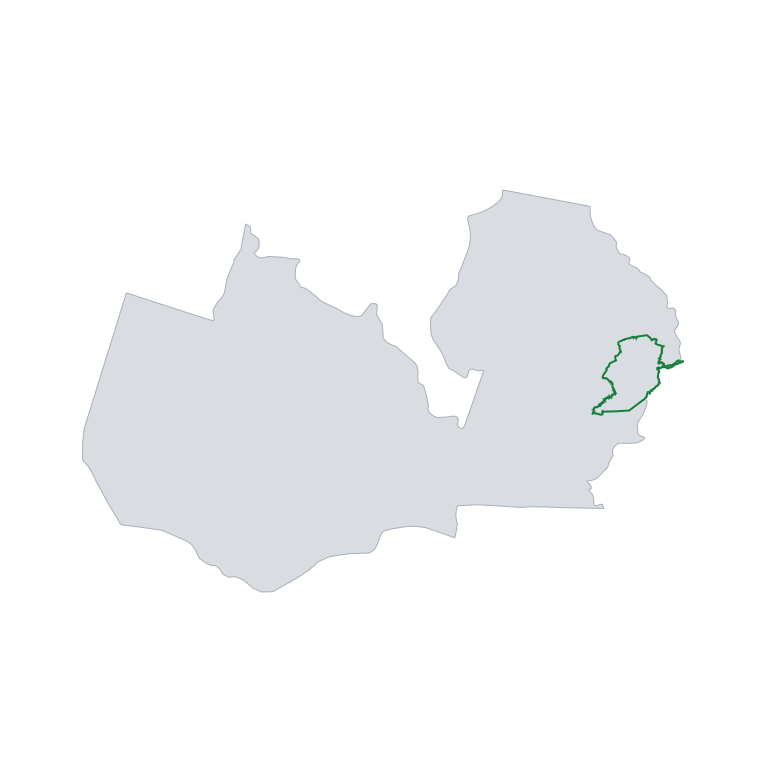 location of Chama, Muchinga, Zambia, rotated 20°
{"feature_id": "96606910B17560798529879", "entity_name": "Chama", "entity_type": "district", "adm_level": 2, "iso_a3": "ZMB", "parent_name": "Zambia", "parent_adm1": "Muchinga", "projection": "orthographic", "projection_center": [32.797, -11.274], "detail": "fine", "context": "in_parent", "style": "outline", "palette": "green", "viewbox_px": 768, "rotation_deg": 20, "n_neighbors": 0, "source": "geoboundaries", "source_scale": "gbopen_adm2", "svg_char_len": 9695}
<svg xmlns="http://www.w3.org/2000/svg" viewBox="0 0 768 768"><g transform="rotate(20 384 384)"><path d="M503.1,504.3L472.3,504.7L461.1,507.3L452.0,511.2L441.2,517.3L434.9,521.6L433.2,523.9L432.5,529.0L432.6,536.8L431.6,542.5L428.4,547.7L412.0,554.2L401.3,559.5L390.8,565.7L382.9,573.7L377.7,583.4L369.0,595.5L350.6,617.2L339.8,621.4L330.6,620.6L319.3,616.4L310.5,615.8L304.1,618.7L298.0,618.0L292.3,613.7L287.7,612.2L284.0,613.5L279.2,613.4L270.3,611.1L262.5,603.7L258.2,600.7L255.0,599.6L245.9,598.6L225.1,597.5L203.7,601.9L185.0,606.3L165.0,590.0L145.5,572.7L141.4,568.3L134.1,562.6L128.9,559.8L126.8,558.4L121.0,542.6L117.5,528.0L110.8,386.5L196.7,383.5L202.3,382.8L202.4,381.2L198.2,373.8L198.3,371.1L199.2,365.9L202.7,355.5L202.8,352.1L200.7,341.0L200.6,334.7L201.2,322.1L200.5,317.8L202.4,312.1L202.9,308.3L203.7,306.7L202.6,302.4L200.4,287.4L199.2,281.1L204.4,281.9L206.2,285.0L207.3,288.3L209.7,288.4L215.9,290.3L218.2,293.0L219.8,299.0L219.0,302.1L217.1,304.6L219.1,306.8L223.3,308.1L225.7,307.6L232.6,303.3L239.0,301.6L242.2,300.4L256.5,297.4L259.3,295.8L261.3,295.8L262.8,296.9L261.6,301.2L261.3,305.0L263.3,312.1L264.7,315.4L267.7,317.8L269.9,319.0L272.4,321.5L277.4,320.9L288.5,324.3L291.9,325.9L296.6,327.5L299.9,328.0L311.3,329.0L323.3,330.8L329.5,330.9L333.9,330.3L337.0,329.2L338.9,328.0L339.7,327.0L344.0,313.3L346.3,312.2L349.2,311.4L351.0,312.6L353.1,321.2L362.0,328.7L365.1,335.2L367.3,340.7L369.2,342.2L372.6,344.0L377.9,344.6L382.6,344.7L406.1,353.8L408.7,355.5L411.7,360.5L413.5,366.2L415.4,370.7L418.5,371.5L421.2,371.8L423.9,374.8L425.9,377.5L433.0,388.6L434.1,393.0L437.5,396.0L442.0,397.2L446.2,397.3L448.6,395.9L454.6,393.5L459.2,390.8L462.6,389.9L464.6,390.4L466.2,392.2L467.2,397.8L470.6,399.6L473.0,398.9L473.9,396.7L474.0,395.6L473.2,337.3L471.1,337.7L468.4,339.4L462.2,339.6L459.8,340.9L459.1,342.8L459.6,345.2L459.7,348.5L458.9,350.1L456.1,350.7L452.2,349.5L445.0,347.9L439.1,346.9L434.8,342.6L428.9,336.1L425.1,332.8L415.8,326.1L414.3,324.7L411.4,321.5L409.0,316.1L406.6,309.8L405.3,305.8L407.4,299.6L412.5,279.3L413.6,273.0L418.0,266.5L418.2,260.8L416.3,253.5L416.8,249.5L417.1,226.3L415.8,219.0L412.7,210.9L405.9,199.8L405.9,197.4L416.0,189.9L419.0,187.1L424.3,181.1L427.8,176.0L430.1,171.8L430.8,166.5L429.0,161.5L432.5,160.5L516.9,146.6L518.1,150.1L520.7,155.8L523.6,160.0L527.3,163.7L530.4,165.9L532.4,166.6L545.4,166.3L550.1,168.5L554.2,171.4L555.2,175.8L557.9,178.5L560.8,180.7L562.1,181.0L564.2,180.4L567.7,180.4L570.9,181.3L572.4,182.3L572.6,186.0L573.6,187.6L578.0,188.3L582.5,188.6L586.8,191.1L591.5,191.5L596.9,192.5L599.4,195.2L605.2,198.0L612.2,200.5L619.9,204.6L620.1,205.8L621.4,208.2L622.8,210.0L622.9,212.5L623.5,214.9L625.5,215.5L627.2,215.6L628.7,213.9L630.7,214.0L633.0,215.1L633.8,217.8L635.6,221.5L638.4,224.0L640.3,226.4L639.7,230.8L638.5,234.9L642.3,238.8L647.4,242.6L648.7,244.3L649.1,249.9L649.9,251.9L653.3,256.5L654.9,259.6L654.8,261.4L645.6,270.7L640.0,272.1L637.5,274.0L636.0,275.9L639.7,285.2L641.6,288.7L640.0,293.0L636.3,300.5L634.6,301.1L634.3,306.7L635.4,308.8L637.2,310.4L638.0,314.2L637.8,323.7L635.5,334.5L639.6,343.9L641.0,344.9L646.7,345.0L647.7,345.8L646.3,348.5L642.3,352.6L635.1,355.8L624.6,359.4L622.5,362.8L621.1,367.7L622.2,370.6L623.6,372.3L623.2,376.6L622.3,381.2L622.6,384.7L622.1,387.9L620.7,389.5L618.9,394.2L616.7,399.0L614.9,401.2L612.3,403.5L608.2,405.4L608.3,406.4L612.9,408.6L614.1,410.2L614.6,411.2L612.6,413.6L614.8,415.1L617.4,416.3L619.9,419.5L622.7,425.6L623.2,426.2L624.0,426.2L625.6,425.6L628.4,423.2L630.5,422.3L633.0,425.8L589.7,440.6L579.6,443.7L564.4,449.0L559.5,451.0L555.6,452.9L515.5,464.7L509.3,467.1L495.1,473.1L494.7,474.1L494.9,476.8L496.2,482.4L498.7,487.4L500.8,490.3L502.3,497.8L503.1,504.3Z" fill="#d9dde1" stroke="#a8b0b8" stroke-width="1"/><path d="M623.4,249.2L622.9,249.2L622.5,249.1L622.4,249.3L622.7,249.5L622.1,250.1L621.7,250.1L621.5,250.5L620.9,250.8L620.6,251.3L620.2,251.1L619.8,250.2L618.4,249.8L617.7,249.2L616.3,249.0L615.6,248.5L615.0,248.3L614.3,248.3L605.8,252.8L605.2,253.5L605.5,253.8L605.3,253.9L605.3,254.2L605.1,253.9L604.8,253.9L604.5,254.0L604.5,254.3L603.8,254.1L603.1,254.6L602.9,254.5L602.8,254.9L602.5,254.5L602.2,254.5L602.0,254.9L601.7,254.9L601.6,255.2L601.2,255.1L600.7,255.3L600.3,255.9L599.6,256.4L599.5,256.9L597.8,257.6L596.8,258.4L596.3,258.6L596.0,259.0L594.7,259.6L594.7,260.3L593.2,261.1L592.9,261.8L591.7,262.7L590.5,263.9L590.1,264.5L590.3,265.8L590.7,266.7L591.1,267.1L592.5,267.5L592.7,268.2L592.7,269.0L593.3,269.8L593.3,270.4L593.8,271.0L594.8,271.5L595.0,272.1L595.5,272.4L595.6,273.0L595.4,273.0L595.0,273.1L594.8,273.2L594.8,273.3L594.3,275.9L593.9,276.7L593.8,277.2L593.2,277.8L592.2,278.3L591.8,279.2L593.0,281.5L594.0,282.5L591.4,284.9L590.8,285.8L589.9,286.3L588.9,288.2L588.9,288.6L589.3,289.5L589.3,290.5L588.9,291.1L588.1,291.9L588.0,293.4L587.7,293.8L588.3,294.4L588.2,294.5L588.4,295.0L588.3,295.8L588.0,296.4L588.1,296.7L588.0,296.9L587.9,297.9L587.4,298.6L587.1,300.1L587.1,301.0L587.0,301.7L587.3,302.8L587.2,303.0L587.6,303.5L587.9,303.3L588.7,303.2L589.0,303.4L589.6,303.2L589.9,302.7L590.4,302.6L590.6,302.7L590.8,302.6L591.0,302.9L591.5,303.0L591.7,302.8L592.4,303.1L593.0,303.1L593.8,303.9L594.5,304.3L594.7,304.2L594.7,304.4L594.8,304.2L595.4,304.2L595.4,304.4L595.8,304.3L596.0,304.6L596.1,304.4L596.4,304.5L596.6,304.4L596.7,304.6L597.1,304.5L597.4,304.6L597.5,305.0L597.7,305.3L597.9,305.2L597.9,305.4L598.1,305.4L598.0,305.7L598.3,305.6L598.6,306.2L599.1,306.5L599.0,306.9L599.1,307.2L599.4,307.2L599.2,307.3L599.7,308.6L600.2,308.9L600.1,309.1L601.2,309.9L602.0,310.3L601.9,310.5L602.1,310.8L601.9,311.0L602.2,311.0L602.2,311.7L602.8,311.9L603.2,311.8L603.4,312.1L603.7,312.1L604.0,312.6L604.3,312.6L604.1,312.7L604.4,312.8L604.4,313.3L604.8,313.6L604.1,314.0L604.4,314.6L603.8,314.5L603.5,314.9L603.2,314.7L603.0,315.5L602.6,315.5L602.0,316.0L602.0,316.3L602.5,316.7L602.2,317.1L602.2,317.6L602.0,318.0L602.1,318.4L601.5,318.0L600.8,318.8L600.4,318.6L600.7,319.3L600.4,318.9L600.1,319.0L600.5,319.4L599.9,319.5L600.2,319.7L600.6,319.6L600.0,320.1L599.6,319.8L599.5,320.0L599.7,320.5L599.4,320.4L599.3,320.1L599.1,320.1L598.9,320.6L598.1,321.0L598.1,321.3L597.9,320.9L597.6,321.0L597.7,321.4L597.4,321.5L597.6,322.0L597.1,322.2L596.9,322.6L596.4,322.8L596.7,323.1L596.3,323.2L596.8,323.5L597.1,324.1L596.5,324.0L596.5,324.3L596.9,324.3L596.9,324.6L596.8,324.8L596.3,324.9L596.2,325.3L595.9,325.5L596.0,325.7L596.3,325.7L595.8,326.0L596.1,326.5L595.7,326.5L595.3,326.9L595.4,327.4L594.8,327.7L595.1,328.3L594.5,328.4L594.6,328.9L594.2,329.0L594.6,329.3L594.3,329.7L594.4,329.9L594.8,330.2L594.7,330.7L594.5,330.8L594.1,330.3L593.9,330.5L594.0,330.8L593.9,331.0L593.1,330.8L593.2,331.6L592.7,332.1L592.6,332.6L592.4,333.0L591.2,333.0L590.9,333.6L590.2,333.8L589.7,334.2L589.6,334.9L590.0,335.8L589.8,336.3L589.5,336.5L589.9,336.6L590.1,337.3L590.6,337.6L590.5,338.1L591.1,338.2L591.1,338.4L590.7,338.8L590.6,339.2L590.1,339.4L590.2,340.1L590.5,339.9L590.6,340.2L591.3,339.5L592.4,339.3L592.9,339.4L593.6,339.0L593.8,339.0L594.1,339.2L595.5,338.8L596.2,339.0L596.8,338.8L597.2,338.9L598.2,338.7L598.7,338.3L599.3,338.2L599.5,337.8L599.4,336.6L599.3,336.3L598.8,336.1L598.5,335.2L598.6,334.8L598.9,335.0L599.2,334.7L599.8,335.0L600.2,334.7L611.7,330.2L623.5,325.0L633.4,309.7L634.3,309.5L634.1,309.5L634.0,309.2L634.1,308.2L634.5,307.4L635.1,306.6L635.0,305.2L634.7,303.8L634.7,302.6L634.5,301.7L634.7,301.4L635.4,301.2L636.2,301.4L637.0,302.1L637.1,301.6L636.7,299.2L637.3,298.8L637.3,298.7L638.0,298.8L638.5,298.5L638.2,297.3L638.3,297.1L638.9,296.7L639.0,296.3L639.6,295.8L639.7,295.2L640.0,295.0L640.3,294.1L640.5,293.2L641.7,292.2L641.9,290.9L642.1,290.7L642.1,290.2L642.5,289.7L642.7,289.0L642.7,288.3L642.2,288.0L641.6,288.0L641.3,286.4L640.7,285.6L640.0,285.1L639.2,284.3L639.2,283.5L638.8,283.2L638.2,280.4L638.4,279.5L638.4,278.2L638.1,278.1L637.8,277.5L637.1,276.8L636.8,276.2L636.5,276.5L636.1,276.3L635.7,276.6L635.3,275.6L636.3,274.5L637.1,274.6L637.3,274.7L637.3,275.1L638.5,274.6L639.6,272.5L640.6,272.8L641.1,272.6L642.3,271.7L642.9,272.0L644.0,272.2L644.3,272.4L644.9,272.4L645.7,272.1L645.7,271.7L646.2,271.2L647.1,271.0L647.5,270.3L648.0,270.2L648.5,269.7L648.8,269.7L649.0,269.1L648.8,268.7L649.0,268.6L649.0,268.2L649.3,268.3L649.7,268.2L652.1,264.5L652.4,264.5L652.8,264.9L653.9,263.8L654.4,262.9L655.2,262.7L655.6,262.3L656.1,262.1L656.2,261.6L656.5,261.5L657.1,260.9L657.2,260.4L656.9,260.3L655.3,261.7L655.0,261.8L654.6,261.4L653.8,261.8L653.1,261.6L652.9,261.0L652.6,261.1L651.3,262.6L651.2,263.3L651.0,264.0L649.8,265.5L649.4,265.8L648.6,267.5L647.7,268.0L646.6,268.3L645.0,269.2L644.5,269.8L644.1,269.9L643.8,270.4L643.4,270.5L643.2,270.9L642.7,271.1L642.6,270.9L641.6,271.3L641.0,271.0L640.7,271.1L640.4,269.9L640.1,270.2L639.7,269.7L639.0,269.9L638.8,269.1L638.6,269.1L638.4,268.9L638.2,269.1L637.3,268.9L637.2,269.1L637.2,268.8L636.8,268.9L636.6,268.9L636.7,269.1L636.4,269.2L636.4,269.5L636.1,269.8L635.4,270.0L635.1,270.5L635.4,270.6L635.4,270.8L635.1,270.8L635.0,270.5L634.6,270.1L634.7,269.8L634.5,269.6L634.7,269.3L634.6,269.1L634.6,268.4L634.7,268.2L634.8,267.4L634.6,267.4L634.6,266.3L634.4,266.2L634.6,266.1L634.3,266.0L634.5,265.9L634.3,265.3L634.5,265.0L634.4,264.8L634.5,264.5L634.3,264.4L634.6,263.9L634.4,263.5L634.4,262.9L634.1,262.6L634.0,261.8L634.3,261.7L634.2,260.9L634.5,260.3L634.2,259.4L634.4,259.0L633.7,258.1L633.8,257.6L633.4,257.3L633.5,256.8L633.1,256.4L633.0,256.1L633.0,255.1L633.8,253.0L633.5,253.0L632.6,253.8L631.7,253.1L630.5,253.5L629.6,253.2L628.2,253.5L626.7,253.3L625.6,253.3L625.2,252.9L625.3,251.3L625.1,250.4L625.3,249.8L625.1,249.5L624.3,249.2L624.4,248.9L623.9,248.8L623.4,249.2Z" fill="none" stroke="#15803d" stroke-width="2"/></g></svg>